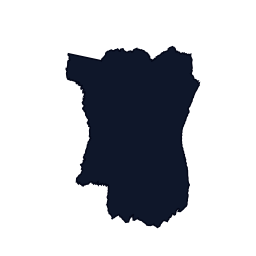 the district of Medicilândia, Pará, Brazil, rotated 19°
{"feature_id": "56859067B67123730011126", "entity_name": "Medicilândia", "entity_type": "district", "adm_level": 2, "iso_a3": "BRA", "parent_name": "Brazil", "parent_adm1": "Pará", "projection": "equal_earth", "projection_center": [-53.215, -3.165], "detail": "fine", "context": "isolated", "style": "filled", "palette": "ink", "viewbox_px": 256, "rotation_deg": 19, "n_neighbors": 0, "source": "geoboundaries", "source_scale": "gbopen_adm2", "svg_char_len": 5817}
<svg xmlns="http://www.w3.org/2000/svg" viewBox="0 0 256 256"><g transform="rotate(19 128 128)"><path d="M163.3,37.9L162.2,38.8L161.5,38.6L161.1,39.3L160.1,39.2L159.7,39.6L158.8,38.9L157.2,39.8L156.6,38.9L155.9,39.7L154.9,39.4L154.2,40.5L153.2,40.8L152.0,39.7L150.6,40.1L150.0,39.5L149.1,40.4L148.5,40.3L148.2,39.4L147.3,38.9L147.0,38.1L146.3,37.4L145.8,37.5L145.3,36.9L144.7,37.1L143.7,36.6L141.1,38.8L140.8,39.8L140.4,40.1L140.7,41.2L140.5,42.1L137.7,44.3L137.1,44.4L137.1,45.1L136.6,45.8L136.1,45.7L135.3,46.7L135.3,47.6L134.8,48.4L132.7,50.3L132.7,50.8L131.6,51.7L131.9,52.7L131.2,54.0L130.7,53.7L130.2,54.7L130.0,55.7L128.9,56.7L128.8,56.1L128.3,55.6L126.7,56.0L126.2,55.5L125.9,54.8L125.1,54.3L125.2,53.6L125.0,53.2L124.1,52.9L123.7,52.2L122.9,52.1L122.7,51.6L121.5,50.9L121.0,51.1L119.9,50.6L118.8,50.8L117.9,49.8L117.0,50.0L115.0,49.8L114.5,50.5L113.3,50.1L112.7,50.4L112.1,50.2L111.1,50.7L110.5,49.9L108.1,52.1L107.6,54.5L106.9,55.0L106.6,54.6L105.5,54.4L103.6,55.5L102.9,56.6L101.9,56.9L98.6,56.2L97.9,55.1L97.4,54.8L95.5,56.0L95.3,58.1L94.6,58.2L94.0,57.5L92.5,56.7L92.0,57.4L90.3,58.4L90.2,59.0L89.6,59.6L88.1,60.0L86.9,59.7L85.3,61.1L84.8,62.0L84.0,62.1L82.9,63.6L82.7,64.6L83.1,66.0L82.2,69.0L81.8,69.2L81.6,70.3L81.0,71.0L81.0,73.1L47.5,77.2L47.6,78.4L49.0,79.1L49.5,79.8L49.7,81.3L50.4,81.8L50.8,82.6L50.6,83.5L49.8,83.5L49.6,84.0L49.6,85.0L50.7,88.4L51.1,91.1L51.0,92.0L50.3,91.9L50.4,92.5L52.2,94.4L52.0,95.2L52.3,96.6L53.9,99.9L55.3,101.4L55.7,101.5L56.1,101.3L56.0,100.6L56.4,100.3L57.1,101.3L57.9,101.5L59.2,100.9L60.0,101.1L60.4,100.7L61.3,101.0L64.2,100.9L64.3,102.1L64.8,102.7L65.5,102.3L65.8,101.9L66.1,100.7L66.5,100.7L67.5,101.3L66.9,102.8L67.1,103.3L68.4,103.4L68.7,103.1L69.5,103.4L70.7,102.9L70.8,104.5L70.5,105.6L71.1,106.4L72.0,105.4L73.3,105.5L73.6,105.9L73.3,107.1L73.7,109.0L74.1,109.4L75.0,108.1L75.5,108.0L75.9,109.1L75.9,110.2L76.3,111.2L75.9,112.5L76.7,113.0L77.2,113.9L77.0,114.4L76.1,114.5L76.5,115.7L77.4,115.8L76.6,118.7L77.6,120.0L78.1,120.1L79.8,121.2L79.4,122.3L79.3,123.4L78.9,123.6L78.9,124.2L79.1,124.7L80.3,125.2L80.9,126.0L81.4,125.8L81.6,126.4L82.1,126.7L82.5,126.3L84.0,129.7L84.4,129.8L86.2,131.6L87.9,132.4L88.4,134.1L87.9,136.3L88.9,137.3L89.4,137.3L89.4,136.7L89.9,136.7L90.4,139.1L91.5,139.0L92.2,139.8L92.5,142.8L94.0,146.4L94.2,148.2L94.5,148.7L95.3,148.6L95.7,149.8L96.1,150.1L95.6,151.5L95.8,152.0L95.7,152.5L95.0,154.4L95.5,156.1L95.5,156.7L95.2,157.1L95.8,159.9L95.6,160.7L95.8,161.3L95.5,162.5L95.8,164.4L96.2,164.4L96.1,166.2L95.5,167.4L95.8,168.0L95.5,170.1L95.9,170.8L96.3,170.9L96.6,170.6L97.4,170.9L97.9,172.1L97.5,172.3L97.2,171.9L96.4,173.3L96.6,173.8L97.1,173.6L97.3,174.2L96.8,175.7L96.8,176.8L95.8,177.9L95.5,177.6L95.2,178.0L95.6,178.5L96.4,178.8L97.4,180.1L97.6,180.6L97.5,182.0L98.3,182.1L98.7,182.4L98.8,183.0L98.5,187.2L97.2,188.8L96.4,191.8L95.9,192.1L96.8,195.6L97.5,195.1L98.1,196.2L99.2,196.9L99.3,195.5L99.9,195.2L100.6,196.3L101.6,196.6L102.8,196.4L103.5,196.7L103.4,197.3L104.5,197.3L104.7,196.8L104.7,195.9L105.1,196.0L105.4,195.4L106.2,195.4L106.7,194.7L108.2,194.1L108.8,193.6L109.3,191.8L111.0,190.7L111.4,190.6L112.0,191.6L113.1,191.6L113.8,191.1L113.9,191.9L114.9,190.9L115.8,191.5L116.1,191.0L115.9,190.5L116.5,189.5L116.7,191.1L117.8,191.2L117.8,189.9L118.6,191.3L118.8,190.6L120.1,190.3L120.3,189.7L121.3,190.3L121.3,189.3L121.9,188.7L123.6,189.9L124.5,188.3L125.3,189.0L125.5,188.6L126.4,189.8L126.9,189.3L126.9,188.7L127.7,188.5L127.9,189.1L128.7,189.5L128.9,190.0L128.9,191.0L129.5,191.8L129.8,193.9L130.4,194.4L130.6,195.2L130.3,195.9L131.0,197.6L130.9,200.1L131.9,201.4L132.9,202.1L132.6,203.0L133.2,206.9L133.0,207.5L133.8,207.6L134.3,208.9L135.7,210.5L136.2,212.7L136.9,212.8L138.1,215.0L139.2,215.1L141.0,216.2L142.4,217.6L142.3,219.4L143.1,217.9L144.1,217.1L144.7,215.9L147.6,212.7L149.5,214.5L150.9,214.4L152.5,215.8L154.2,216.4L156.5,217.9L159.0,216.6L158.9,213.4L159.2,212.4L159.0,211.5L159.9,211.1L160.3,209.2L161.3,208.5L161.7,210.8L162.7,212.5L162.8,213.2L164.0,213.1L164.4,212.7L164.8,211.7L166.4,210.7L166.5,210.2L166.9,209.9L168.0,210.9L169.1,211.1L171.4,210.9L172.7,211.6L176.2,212.6L177.4,213.6L179.7,213.2L180.5,212.7L181.0,212.8L183.6,210.7L183.8,211.2L184.8,211.5L186.2,211.6L188.2,212.4L189.9,210.3L189.9,207.8L190.3,207.4L191.2,204.5L192.4,203.5L195.6,203.5L195.5,202.9L196.2,200.9L196.1,199.4L196.7,198.5L197.1,198.6L197.4,198.1L197.7,195.1L197.9,194.6L198.7,194.3L199.5,195.0L200.3,195.0L200.8,194.3L200.4,191.0L201.3,188.1L202.2,187.7L202.9,188.3L202.7,190.4L203.7,190.0L204.2,190.1L204.7,189.8L206.7,186.4L207.3,184.7L208.4,183.0L208.5,182.2L208.5,180.8L207.8,179.0L207.7,177.2L207.2,176.2L206.8,172.9L206.3,171.5L205.1,170.3L205.2,167.9L204.5,166.7L204.5,165.0L204.1,163.2L204.5,162.6L204.4,161.8L202.9,160.3L201.9,158.5L201.1,156.7L201.0,156.0L199.8,153.8L198.0,148.8L197.6,148.3L196.7,146.1L194.9,144.4L194.5,142.4L193.2,141.3L192.6,139.0L191.9,138.8L191.8,137.9L191.0,137.0L190.6,137.4L189.9,134.8L189.5,134.8L189.1,134.3L187.9,131.9L187.2,131.7L186.3,129.4L184.9,128.2L184.4,126.3L183.8,125.9L183.0,123.6L182.4,122.6L181.9,120.5L181.0,118.6L181.1,117.3L180.2,116.2L180.3,114.7L179.7,113.0L179.2,108.7L179.6,108.2L179.4,106.7L179.8,105.1L179.5,103.6L179.9,101.8L179.6,100.5L179.7,99.9L179.5,98.6L180.1,96.9L179.7,95.5L180.4,93.4L180.3,92.8L179.6,91.6L179.2,91.5L178.5,90.1L178.6,88.6L179.2,87.4L179.4,83.1L179.7,82.0L179.2,79.2L179.7,77.8L179.5,76.3L179.7,72.4L180.4,69.4L180.8,65.8L181.3,64.3L180.9,63.8L180.7,62.3L180.3,62.8L179.8,62.9L178.9,61.8L179.0,60.9L178.3,61.3L176.3,60.3L174.1,60.5L173.8,59.3L173.0,58.3L172.5,58.1L172.2,57.5L171.2,57.4L170.0,56.5L170.4,56.4L169.7,55.3L170.0,53.8L169.7,53.3L169.8,52.6L169.0,52.2L169.1,50.5L167.0,46.2L166.4,44.5L166.5,43.7L166.0,42.2L164.8,41.5L164.7,40.8L163.7,39.9L163.3,37.9Z" fill="#0f172a" stroke="#020617" stroke-width="1.5"/></g></svg>